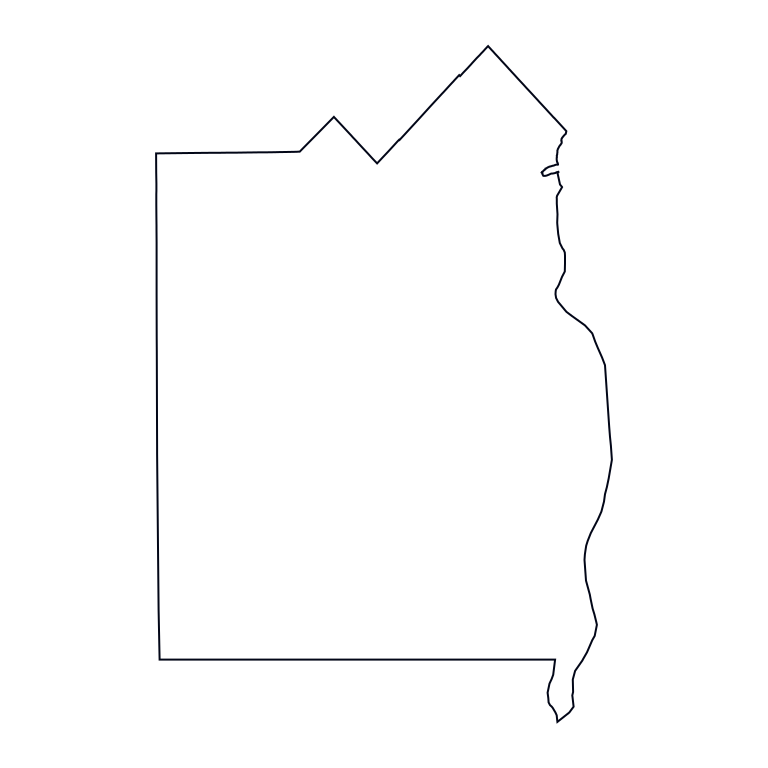 San Fernando, Chaco, Argentina (Natural Earth projection)
{"feature_id": "61730980B8313439795489", "entity_name": "San Fernando", "entity_type": "district", "adm_level": 2, "iso_a3": "ARG", "parent_name": "Argentina", "parent_adm1": "Chaco", "projection": "natural_earth1", "projection_center": [-58.982, -27.701], "detail": "fine", "context": "isolated", "style": "outline", "palette": "ink", "viewbox_px": 768, "rotation_deg": 0, "n_neighbors": 0, "source": "geoboundaries", "source_scale": "gbopen_adm2", "svg_char_len": 5203}
<svg xmlns="http://www.w3.org/2000/svg" viewBox="0 0 768 768"><path d="M159.6,659.6L555.1,659.6L553.2,674.8L551.6,679.1L549.5,683.6L547.6,692.7L548.3,698.1L548.6,702.4L550.0,705.1L551.7,706.6L552.8,708.0L553.9,709.9L555.4,712.4L556.7,715.3L557.1,719.3L557.4,721.9L569.3,712.5L573.6,706.7L572.5,696.9L572.3,695.4L573.1,692.0L572.8,679.5L575.1,670.9L582.5,660.3L582.8,659.6L587.0,652.3L592.3,640.1L594.7,635.9L596.9,624.8L596.3,622.1L594.4,614.4L592.6,608.5L590.6,598.9L589.8,594.5L586.0,580.6L585.0,566.7L584.5,559.9L584.9,554.3L585.6,549.5L586.2,545.7L587.7,540.9L590.8,533.1L597.9,519.5L601.4,511.6L604.0,501.6L605.0,494.2L606.9,487.0L608.7,478.4L611.9,459.8L610.9,445.7L610.0,436.9L609.2,426.8L605.0,365.2L602.1,357.6L597.8,347.9L595.1,341.4L592.8,334.8L592.2,333.3L585.0,325.4L571.8,315.9L566.5,311.9L564.7,309.8L560.4,304.6L558.1,301.9L556.1,298.0L555.5,294.2L555.7,291.1L556.0,289.5L557.4,287.5L558.9,284.7L562.0,276.9L564.8,271.5L565.0,263.6L565.0,255.6L564.8,252.5L563.6,249.7L562.6,248.6L559.8,243.0L558.2,233.9L557.3,224.2L557.2,222.6L557.5,214.3L556.8,203.7L556.8,198.9L556.7,197.3L557.1,195.7L559.4,191.8L562.1,187.1L562.0,186.9L560.0,184.5L557.5,172.9L559.1,171.5L557.8,172.0L557.1,172.1L556.2,172.4L555.6,172.9L554.4,173.2L552.9,173.5L551.8,173.5L550.6,173.8L549.3,174.5L547.8,175.1L547.1,175.4L545.7,175.8L544.1,175.9L543.3,175.8L542.8,174.9L542.7,174.7L542.6,174.4L542.5,174.1L542.2,173.7L542.2,173.3L542.4,173.2L542.5,173.1L542.5,172.9L542.2,172.6L541.9,172.6L541.7,172.5L541.9,172.2L542.0,171.9L542.4,171.7L542.9,171.3L543.1,171.2L543.3,171.0L543.8,170.5L543.8,170.4L544.0,170.2L544.3,170.1L544.5,169.8L544.7,169.7L544.8,169.7L545.0,169.6L545.1,169.4L545.4,168.8L545.5,168.8L545.5,168.6L545.8,168.5L546.5,168.2L546.9,168.0L547.0,167.9L547.3,167.7L547.5,167.5L547.9,167.4L548.1,167.3L548.2,167.2L548.5,167.1L549.0,166.9L549.2,166.7L550.2,166.5L550.3,166.4L550.6,166.4L550.8,166.3L551.0,166.3L551.9,166.0L552.2,165.9L552.4,165.8L552.5,165.8L553.0,165.7L553.3,165.7L553.9,165.5L554.2,165.4L554.4,165.3L554.6,165.2L555.1,165.0L555.3,164.9L555.5,164.9L555.8,164.8L556.5,164.6L556.8,164.6L557.3,164.6L557.6,164.6L557.8,164.7L558.0,164.6L558.0,164.3L558.0,164.2L557.9,163.9L557.8,163.7L557.8,163.4L557.7,163.1L557.6,162.8L557.5,162.6L557.4,162.4L557.1,162.0L557.1,161.8L557.0,161.7L556.8,160.5L556.8,160.3L556.7,159.8L556.7,159.4L556.7,159.2L556.7,158.9L556.7,158.7L556.7,158.0L556.7,157.9L556.8,157.7L556.8,157.3L556.9,157.2L556.9,156.8L556.8,156.0L556.9,155.8L556.8,155.6L556.9,155.3L557.1,154.5L557.2,154.4L557.2,154.0L557.2,153.8L557.2,153.7L557.3,153.0L557.3,152.9L557.4,152.7L557.4,152.4L557.4,152.1L557.4,151.7L557.4,150.6L557.4,150.4L557.6,150.0L557.8,149.4L557.8,149.2L557.9,148.9L558.1,148.7L558.4,148.0L558.5,147.9L558.6,147.7L559.2,146.5L559.3,146.4L559.4,146.2L559.5,146.1L559.6,145.9L559.7,145.7L560.2,145.1L560.3,145.1L560.5,144.9L560.6,144.6L560.8,144.3L560.9,144.2L561.0,144.0L561.2,143.8L561.3,143.7L561.5,143.1L561.7,142.9L561.7,142.7L561.7,142.1L561.7,141.8L561.6,141.6L561.6,141.4L561.6,141.1L561.6,140.9L561.3,140.7L561.4,140.1L561.5,139.3L561.5,139.0L561.6,138.9L561.7,138.7L561.8,138.5L562.2,137.8L562.2,137.7L562.3,137.6L562.4,137.4L562.5,137.3L562.8,137.0L562.9,136.9L563.2,136.5L563.4,136.3L563.5,136.2L563.6,135.9L563.8,135.7L564.3,135.2L564.5,135.0L564.6,134.9L564.8,134.7L565.4,134.1L565.6,133.9L565.7,133.7L565.8,133.7L565.9,133.3L566.0,132.7L566.1,132.4L566.1,132.2L566.3,131.5L566.3,131.1L563.2,127.7L559.7,123.9L554.0,117.7L553.8,117.7L551.4,115.0L548.7,112.1L545.9,109.0L543.2,106.1L542.0,104.8L540.6,103.3L539.2,101.8L537.8,100.2L535.1,97.3L532.0,93.9L529.2,90.9L526.4,87.9L523.7,84.9L521.0,82.0L518.2,79.0L514.5,74.9L511.7,71.9L510.2,70.2L509.9,69.9L509.1,69.1L507.8,67.6L505.8,65.4L503.3,62.7L502.1,61.4L501.7,61.0L500.4,59.5L498.0,56.9L496.7,55.5L495.0,53.7L493.7,52.2L493.4,51.9L492.9,51.3L491.9,50.3L490.9,49.2L490.3,48.5L489.7,47.9L488.6,46.7L488.1,46.1L487.9,46.3L487.5,46.6L487.2,47.0L486.9,47.3L486.1,48.2L485.4,48.9L483.9,50.6L482.5,52.1L481.1,53.5L479.8,55.0L479.4,55.4L478.0,56.8L477.4,57.4L476.8,58.0L471.5,63.8L471.4,64.0L468.7,66.9L468.0,67.7L466.0,69.8L465.9,69.9L463.2,72.7L460.5,75.7L460.1,76.1L459.2,75.1L453.9,80.8L453.8,81.0L451.6,83.3L448.3,86.9L443.2,92.5L442.3,93.4L430.2,106.5L422.4,115.1L418.4,119.5L410.3,128.3L404.8,134.3L399.5,140.0L399.2,139.7L397.7,141.2L393.6,145.7L387.9,151.9L382.7,157.4L377.1,163.4L371.8,157.8L367.8,153.4L363.4,148.7L360.8,145.9L358.2,143.1L355.5,140.1L352.9,137.4L350.8,135.0L350.2,134.4L347.4,131.4L344.7,128.5L342.2,125.8L339.4,122.8L337.4,120.7L335.4,118.5L334.3,117.4L333.9,116.9L333.8,117.0L323.8,127.2L318.7,132.4L303.4,147.9L299.7,151.7L298.0,151.7L296.3,151.8L285.6,152.0L278.6,152.1L275.0,152.2L267.9,152.3L260.9,152.3L255.6,152.4L246.7,152.5L240.1,152.6L232.9,152.7L225.8,152.7L218.7,152.8L211.8,152.8L201.3,152.9L190.8,153.0L173.5,153.2L156.1,153.4L156.2,172.6L156.4,183.5L156.4,189.9L156.4,190.6L156.4,190.8L156.3,194.2L156.3,197.6L156.3,204.5L156.4,217.1L156.5,225.8L156.5,229.9L156.6,242.5L156.6,246.5L156.6,249.0L156.6,250.1L156.6,260.7L156.6,294.1L156.7,336.9L156.8,351.8L157.0,419.6L157.1,446.6L157.1,453.3L158.6,609.9L159.6,659.6Z" fill="none" stroke="#020617" stroke-width="2"/></svg>